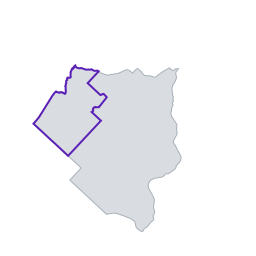 North-West on a map of Botswana (Mercator projection), rotated 313°
{"feature_id": "BWA-2629", "entity_name": "North-West", "entity_type": "District", "adm_level": 1, "iso_a3": "BWA", "parent_name": "Botswana", "parent_adm1": "", "projection": "mercator", "projection_center": [23.629, -19.391], "detail": "fine", "context": "in_parent", "style": "outline", "palette": "violet", "viewbox_px": 256, "rotation_deg": 313, "n_neighbors": 0, "source": "natural_earth", "source_scale": "10m", "svg_char_len": 5499}
<svg xmlns="http://www.w3.org/2000/svg" viewBox="0 0 256 256"><g transform="rotate(313 128 128)"><path d="M137.7,46.8L137.4,47.6L137.2,48.9L137.5,49.8L138.1,51.1L139.1,52.2L139.8,52.8L140.7,54.5L141.6,56.5L142.7,58.1L146.1,61.7L146.5,63.0L146.9,64.3L149.0,66.8L149.4,67.6L149.2,69.3L151.4,74.4L152.8,77.3L154.0,77.9L157.9,81.0L161.3,83.6L165.2,85.3L168.1,86.4L169.6,87.2L170.3,88.0L170.9,89.5L171.2,92.2L171.3,93.9L174.4,93.8L177.0,94.0L177.9,94.3L178.2,94.8L178.1,96.0L178.2,97.7L178.3,99.0L178.0,100.5L177.8,102.2L177.7,104.3L178.1,105.1L180.6,107.8L181.7,109.5L182.8,112.2L183.4,113.0L184.0,113.4L186.2,113.6L192.0,114.8L195.6,115.8L198.5,116.8L199.6,117.1L200.2,117.3L200.4,117.6L200.1,119.9L200.2,120.6L200.5,121.3L201.0,121.8L201.6,122.2L203.7,122.4L205.0,123.8L205.8,124.5L201.9,124.8L200.0,126.0L198.9,128.1L197.1,129.6L194.7,130.6L192.2,131.2L189.5,131.6L186.7,133.4L183.7,136.7L182.1,138.7L182.1,139.5L181.4,140.3L180.1,140.9L179.4,141.6L179.2,142.5L178.5,142.9L177.3,142.9L176.4,143.5L176.0,144.8L174.9,145.6L173.2,145.9L171.8,146.6L170.6,147.8L169.7,148.4L169.0,148.4L168.0,149.4L166.4,151.7L166.1,152.7L163.9,161.4L162.7,162.4L160.3,164.2L158.4,166.4L157.5,167.6L156.6,168.2L152.2,169.2L150.6,169.8L148.6,170.6L148.1,171.4L147.6,174.1L146.2,177.9L145.1,180.8L144.4,183.3L143.1,186.4L142.0,187.4L140.8,188.3L139.2,188.8L137.0,189.1L135.0,189.0L133.4,189.1L131.3,190.2L129.3,190.2L126.1,189.6L123.5,189.0L122.4,188.9L120.1,186.8L118.6,186.9L116.4,186.7L115.1,186.3L113.9,185.2L111.4,183.2L108.9,181.5L106.7,180.6L104.7,180.1L102.8,180.5L101.2,181.0L100.7,181.2L99.5,182.0L98.3,183.6L97.3,186.2L96.9,187.7L95.8,191.0L94.3,194.9L93.6,196.1L92.8,196.9L91.5,197.7L87.3,200.8L85.2,204.3L83.9,205.4L82.3,205.9L80.9,206.2L80.2,206.8L79.4,208.6L78.6,209.2L77.8,209.4L75.4,209.2L74.7,209.0L68.3,209.4L66.4,208.8L65.0,208.6L62.8,209.3L61.9,208.8L61.2,207.3L60.8,204.4L60.9,201.8L62.1,199.9L63.1,198.5L64.1,196.7L64.2,195.8L64.0,195.1L63.8,193.6L63.7,192.1L62.3,188.7L60.6,184.2L58.4,179.3L57.7,177.9L56.3,175.8L51.0,171.7L50.2,171.2L50.2,170.7L50.2,166.8L50.2,161.5L50.2,156.3L50.2,151.1L50.2,146.0L50.2,140.8L50.2,135.6L50.2,130.5L50.2,125.3L50.2,121.0L53.9,121.0L58.6,121.0L64.2,121.0L66.6,121.0L66.8,120.3L66.8,117.1L66.8,109.8L66.8,102.6L66.7,95.4L66.7,88.1L66.7,80.9L66.7,73.8L66.7,66.6L66.7,59.5L66.7,55.9L71.0,55.7L75.9,55.0L83.9,53.8L91.3,52.4L96.2,51.5L101.9,50.5L103.9,50.4L104.5,50.5L105.2,50.8L107.9,54.4L109.6,57.1L109.9,58.3L110.2,58.4L111.0,58.2L111.9,57.8L114.6,55.1L115.2,54.4L116.9,53.1L119.0,51.7L120.9,50.8L122.8,50.0L123.7,50.2L124.7,50.9L125.7,51.3L130.0,48.0L131.9,47.3L137.0,46.7L137.7,46.8Z" fill="#d9dde1" stroke="#a8b0b8" stroke-width="1"/><path d="M137.8,46.8L137.1,48.3L137.1,48.8L137.2,49.2L137.7,50.4L138.4,51.6L138.8,52.1L139.4,52.4L139.9,52.8L140.2,53.4L140.8,54.8L141.3,55.7L141.4,56.0L141.6,56.8L141.7,57.0L141.9,57.3L143.0,58.5L143.5,58.9L143.8,59.1L144.6,60.3L145.0,60.7L145.7,61.0L146.1,61.4L146.3,62.0L146.4,63.3L147.0,64.6L149.1,66.5L149.5,67.9L133.5,67.9L133.3,67.9L133.3,85.4L133.4,85.5L136.1,86.6L136.3,86.9L136.1,91.0L136.1,91.3L135.9,91.5L125.2,92.4L124.8,92.3L124.5,92.3L123.9,92.5L123.5,92.6L123.1,92.4L122.9,92.1L122.4,91.4L121.8,90.9L121.5,90.6L121.1,89.7L120.9,89.7L120.7,89.9L120.3,89.7L119.9,89.3L119.7,89.1L119.3,89.0L119.2,89.1L118.9,89.2L118.3,89.3L118.1,89.4L117.8,89.6L117.7,89.7L117.5,89.8L117.3,89.8L117.2,89.9L116.8,90.4L116.8,90.5L116.8,90.8L115.8,91.0L115.6,91.0L115.4,91.0L114.9,90.7L114.9,91.0L114.9,103.2L67.1,103.2L66.8,103.2L66.8,101.0L66.8,98.7L66.8,96.5L66.8,94.3L66.8,92.1L66.8,91.7L66.8,89.9L66.8,87.7L66.8,85.5L66.8,83.3L66.7,81.1L66.7,78.9L66.7,76.7L66.7,74.5L66.7,72.3L66.7,70.9L66.7,70.1L66.7,67.9L66.7,67.2L66.7,66.4L66.7,65.7L66.7,65.0L66.7,64.3L66.7,63.6L66.7,62.9L66.7,62.2L66.7,61.4L66.7,60.7L66.7,60.0L66.7,59.3L66.7,58.6L66.7,57.9L66.7,57.2L66.7,56.4L66.7,55.9L67.0,55.9L67.5,55.9L68.5,55.9L69.4,55.8L70.3,55.8L71.3,55.8L72.0,55.7L72.8,55.7L73.6,55.7L74.4,55.6L74.7,55.6L75.0,55.6L75.3,55.5L75.6,55.5L75.9,55.4L76.1,55.4L77.5,55.1L78.9,54.8L80.3,54.6L81.7,54.3L83.1,54.0L84.5,53.7L85.9,53.5L87.3,53.2L88.7,52.9L90.1,52.6L91.5,52.4L92.9,52.1L94.3,51.8L95.7,51.5L97.1,51.3L98.5,51.0L100.0,50.7L101.9,50.5L103.4,50.4L104.5,50.3L105.1,50.4L105.4,50.5L105.5,50.5L105.5,50.9L105.5,51.0L105.8,51.1L105.8,51.5L105.9,51.8L106.1,52.0L106.2,52.4L106.8,53.0L106.9,53.3L106.8,53.6L106.9,53.8L107.1,53.8L107.4,53.7L107.7,53.9L107.9,54.2L108.0,54.3L108.4,54.4L108.6,54.5L108.8,54.9L108.9,55.1L109.0,55.2L108.9,55.5L109.4,56.1L109.6,56.5L109.4,56.8L109.5,57.1L109.8,57.8L109.9,58.5L110.1,58.7L110.4,58.7L111.0,58.5L111.2,58.4L111.6,57.9L111.9,57.8L112.2,57.7L113.7,56.0L114.0,55.9L114.2,55.7L114.5,55.3L114.7,55.1L115.2,54.7L115.4,54.5L115.5,53.9L116.1,53.5L116.3,53.5L116.5,53.5L116.5,53.4L116.7,53.2L117.2,53.0L117.3,52.9L117.8,52.4L118.0,52.4L118.6,52.3L119.1,51.9L119.9,50.9L120.5,50.6L120.8,50.5L121.2,50.6L121.3,50.6L121.6,50.8L121.8,50.8L121.9,50.7L122.4,49.9L122.7,49.6L122.9,49.5L123.5,49.5L123.9,49.6L124.1,49.8L124.4,50.4L124.5,50.5L124.7,50.9L125.3,51.4L125.5,51.4L126.2,51.3L126.4,51.3L126.5,51.1L126.7,50.9L126.8,50.7L127.6,49.7L127.9,49.5L128.5,49.1L128.9,48.6L129.0,48.5L129.1,48.4L129.3,48.4L129.5,48.3L129.7,48.0L129.8,48.0L130.1,47.9L130.5,47.6L130.8,47.5L131.1,47.5L132.3,47.1L132.5,46.9L132.7,46.7L132.9,46.7L132.8,46.9L132.9,47.0L133.0,47.2L133.4,47.1L133.6,47.3L133.8,47.3L134.2,47.0L134.4,47.4L134.9,47.4L135.5,47.1L136.0,46.6L136.7,46.6L137.8,46.8Z" fill="none" stroke="#5b21b6" stroke-width="2"/></g></svg>